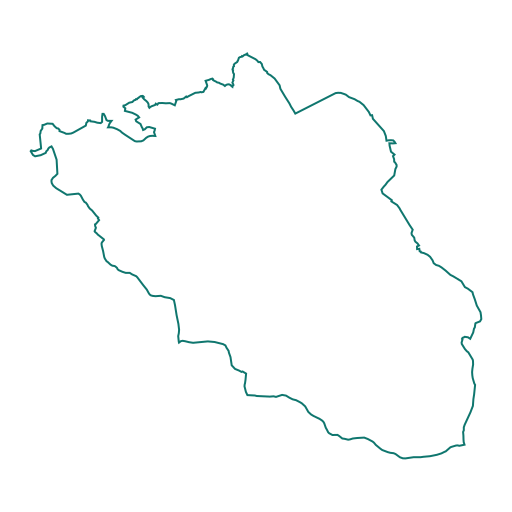 Magura Ilvei, Bistrita-Nasaud, Romania
{"feature_id": "2599482B90695953081528", "entity_name": "Magura Ilvei", "entity_type": "district", "adm_level": 2, "iso_a3": "ROU", "parent_name": "Romania", "parent_adm1": "Bistrita-Nasaud", "projection": "mercator", "projection_center": [24.803, 47.362], "detail": "fine", "context": "isolated", "style": "outline", "palette": "teal", "viewbox_px": 512, "rotation_deg": 0, "n_neighbors": 0, "source": "geoboundaries", "source_scale": "gbopen_adm2", "svg_char_len": 5948}
<svg xmlns="http://www.w3.org/2000/svg" viewBox="0 0 512 512"><path d="M464.5,444.7L463.7,442.1L463.5,439.4L463.4,435.5L463.1,432.0L463.8,430.3L463.8,427.3L464.7,424.7L470.4,412.4L472.9,405.9L473.4,399.1L474.1,394.5L475.1,384.9L474.3,383.5L473.3,380.1L472.7,378.0L472.3,375.3L472.1,372.1L472.4,368.9L473.1,364.5L473.0,360.9L472.7,359.6L468.3,352.3L466.9,351.3L464.9,349.0L461.8,344.0L461.6,342.5L462.5,339.5L462.0,338.9L462.6,337.8L463.6,337.5L464.7,336.8L468.0,337.3L470.2,338.8L473.2,332.5L474.0,328.7L474.8,327.4L475.4,323.4L475.9,323.0L480.0,321.4L481.3,319.1L481.0,315.4L480.5,312.2L476.8,305.6L474.8,299.3L473.0,294.4L472.5,292.2L467.9,288.7L464.9,287.1L461.4,281.3L453.2,276.3L450.4,274.9L445.6,270.6L441.5,267.4L438.9,265.8L436.1,265.0L433.7,263.2L432.6,260.4L430.1,256.8L427.6,254.8L423.9,253.1L421.0,252.4L420.8,251.6L419.7,251.3L419.3,248.8L417.1,249.1L417.0,246.5L419.0,245.5L417.5,243.4L415.5,241.8L414.7,240.5L414.2,237.6L411.8,234.8L411.5,233.1L412.7,229.7L409.6,225.1L400.3,209.8L399.6,208.4L397.1,205.0L391.4,201.4L391.8,200.2L382.6,193.4L381.4,189.7L383.8,186.6L385.4,184.9L387.5,182.0L394.2,175.5L395.4,169.0L396.6,166.6L396.6,165.0L395.1,162.5L394.2,161.7L394.1,159.1L393.0,156.1L394.5,154.6L391.0,151.7L389.6,145.7L389.4,143.3L393.1,143.4L395.4,143.2L394.5,141.7L393.2,140.4L391.0,140.2L388.7,140.3L386.5,140.7L385.8,136.0L383.9,131.1L372.9,118.8L372.1,115.2L370.5,115.4L368.8,111.9L363.6,105.1L359.5,101.8L357.6,101.0L354.6,99.2L349.0,97.1L345.9,94.7L344.1,94.0L340.8,92.9L338.0,92.8L335.6,93.1L295.3,113.6L293.6,110.6L291.1,106.8L289.4,103.4L285.1,96.7L280.4,88.8L279.6,85.3L274.6,78.5L270.5,75.2L268.5,74.2L267.2,73.0L267.1,71.9L264.0,69.7L263.6,68.6L262.4,66.5L261.8,64.0L260.1,62.0L258.4,62.1L257.3,60.7L255.5,59.2L247.1,54.9L247.4,54.1L247.1,53.6L246.6,54.1L245.9,54.3L245.6,54.7L244.5,54.9L244.0,55.2L242.6,56.4L242.0,56.1L241.7,56.7L239.8,57.2L238.9,57.8L237.9,60.8L237.5,61.1L237.2,62.0L234.5,63.8L233.8,64.9L234.0,66.2L233.3,66.7L233.1,67.4L233.1,68.1L232.7,68.7L232.5,69.7L233.1,70.2L232.9,71.2L233.2,72.8L234.0,74.1L233.7,77.6L232.9,79.7L233.4,80.4L232.4,82.6L233.4,84.7L233.4,85.3L232.5,86.0L232.4,86.8L231.3,86.0L231.0,85.3L228.9,84.3L227.2,84.5L225.9,85.1L224.9,86.0L223.3,84.7L220.1,83.5L219.1,82.8L217.1,82.4L216.0,81.6L214.1,80.7L213.0,80.0L213.1,79.3L212.4,78.6L210.6,79.1L208.9,79.9L205.6,80.8L207.2,85.4L207.1,86.2L206.7,87.2L205.9,88.5L205.5,88.1L203.4,91.9L201.5,92.3L200.7,92.0L198.6,92.5L195.3,92.8L188.7,96.1L186.9,97.2L186.2,96.5L183.6,98.6L180.3,99.3L179.0,99.2L175.9,100.0L176.3,100.9L174.8,105.3L171.3,103.6L169.8,103.1L165.8,103.3L162.3,103.0L159.2,103.1L158.4,103.2L157.3,104.7L156.8,104.5L155.8,103.7L155.0,105.0L151.7,106.2L150.3,107.0L149.4,107.8L148.6,106.5L148.6,105.0L148.4,103.8L147.7,102.5L146.3,101.0L144.2,99.3L142.7,97.6L143.8,96.9L143.2,96.2L142.6,95.9L140.8,96.1L139.3,97.1L138.4,98.0L137.6,98.3L137.0,99.2L136.0,99.1L135.5,99.9L134.6,100.1L133.7,100.6L132.4,102.0L129.2,102.7L125.3,105.2L123.5,105.6L123.4,106.7L125.3,108.3L124.9,110.9L132.2,112.8L135.9,114.6L137.8,115.8L139.1,117.4L135.6,119.6L136.2,121.3L140.5,124.0L141.8,127.1L142.6,128.4L143.1,130.0L144.8,129.3L146.8,127.3L149.2,127.0L155.0,128.7L154.6,130.7L154.0,132.1L155.3,136.0L152.3,135.8L150.0,136.0L148.1,136.6L146.2,137.8L143.4,140.4L141.2,141.3L136.5,141.5L134.8,141.1L125.0,134.7L122.0,132.6L120.2,130.9L117.1,129.2L113.3,127.7L111.1,127.3L108.1,127.3L108.6,126.4L108.8,125.4L109.7,123.3L111.5,120.9L108.0,120.9L106.5,120.1L105.0,116.1L103.7,113.9L102.5,113.9L102.1,116.8L102.1,121.9L100.7,123.1L97.3,122.7L94.4,121.8L90.4,121.3L90.2,120.5L88.0,120.3L87.9,121.4L86.4,122.8L85.8,125.6L73.3,132.6L71.1,133.5L68.4,133.8L66.1,133.8L64.4,132.9L59.5,131.1L59.5,129.8L58.2,128.5L56.7,128.2L54.5,126.2L52.6,123.8L47.3,123.5L44.2,124.8L42.5,125.1L42.3,128.6L40.7,130.9L40.3,133.5L39.7,134.4L41.1,148.2L41.1,148.5L35.0,151.1L32.8,150.9L31.3,150.4L30.7,151.2L33.0,155.0L35.1,156.3L40.7,155.2L45.7,152.9L46.3,151.3L47.6,150.1L48.3,148.6L49.3,147.5L51.5,146.4L53.0,149.0L56.6,159.7L57.4,173.8L55.4,175.9L53.0,177.8L51.5,180.1L51.5,181.7L51.8,183.2L53.2,185.6L56.2,188.2L66.9,194.8L78.4,193.6L79.9,194.6L80.9,195.8L82.9,199.6L84.5,202.0L85.8,202.6L87.4,204.7L88.0,206.1L89.7,208.5L92.1,210.5L96.2,215.6L98.3,217.6L97.9,218.4L99.1,220.1L95.9,223.9L95.0,224.4L95.2,226.1L95.9,227.8L94.6,231.2L95.1,232.0L96.9,233.5L97.7,234.5L103.8,239.3L104.0,239.9L101.8,242.6L101.5,243.8L101.8,246.1L103.1,251.1L104.2,256.9L104.8,258.5L106.6,261.3L107.6,261.9L110.5,264.6L111.8,265.4L112.4,265.7L114.4,266.0L115.3,266.4L117.0,267.9L117.6,269.2L118.6,270.1L122.4,271.8L125.8,272.9L129.8,272.9L132.1,274.4L136.2,276.2L137.2,277.2L143.1,285.0L146.8,289.6L148.9,293.4L149.8,294.6L150.9,295.4L152.7,295.9L155.6,296.2L160.8,295.8L164.7,297.2L170.2,298.1L173.9,300.0L175.0,305.1L176.6,315.2L178.4,323.9L179.1,329.8L178.8,333.3L178.2,336.1L178.8,341.9L179.0,342.6L180.8,341.2L182.6,340.8L185.0,341.2L189.1,342.2L193.1,342.8L207.8,341.4L214.6,342.0L223.0,344.1L225.4,345.4L226.5,347.7L228.6,350.9L228.9,352.6L230.5,357.1L231.7,365.3L235.0,368.9L239.1,370.6L241.5,371.9L242.6,371.5L246.1,373.6L245.5,379.9L245.0,383.4L244.7,384.3L244.5,386.3L245.9,391.9L247.4,395.1L254.9,395.5L256.7,396.0L269.8,396.6L273.6,396.3L276.0,396.9L282.1,394.9L286.0,395.6L289.4,397.7L292.6,399.3L296.1,400.2L299.8,402.1L301.8,403.3L305.2,406.4L308.3,411.9L311.1,414.5L313.6,416.0L319.6,418.9L321.9,420.4L323.3,421.7L324.2,423.2L325.8,427.8L326.9,429.7L328.2,432.3L329.1,433.2L332.4,435.0L337.5,434.9L339.2,436.0L342.3,438.5L344.5,438.8L348.2,439.7L350.0,439.4L352.8,438.5L357.2,438.0L364.2,437.6L367.8,439.0L372.5,441.5L373.9,442.6L375.8,444.9L380.4,448.7L382.2,450.0L387.7,452.1L390.3,452.8L393.6,453.2L395.5,454.0L400.0,457.3L402.8,458.3L405.4,458.4L413.6,457.2L420.6,457.2L423.3,456.8L430.0,456.2L436.9,454.8L441.4,453.4L444.6,451.8L445.7,451.4L450.4,447.3L451.4,446.9L456.1,445.5L457.7,445.4L459.3,445.8L464.5,444.7Z" fill="none" stroke="#0f766e" stroke-width="2"/></svg>